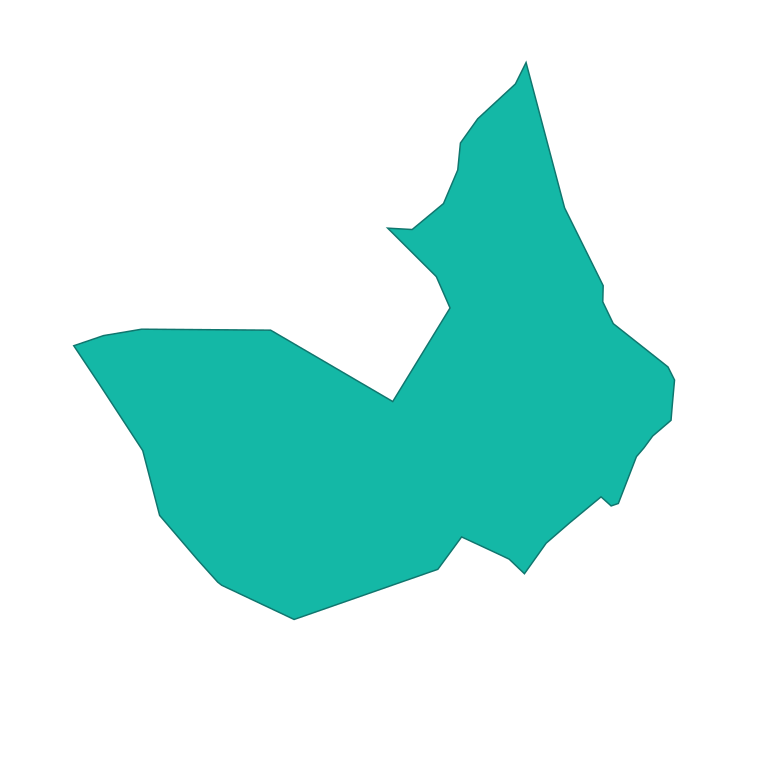 outline of Udung Uko, Akwa Ibom, Nigeria, rotated 155°
{"feature_id": "59680162B95559320678868", "entity_name": "Udung Uko", "entity_type": "district", "adm_level": 2, "iso_a3": "NGA", "parent_name": "Nigeria", "parent_adm1": "Akwa Ibom", "projection": "equal_earth", "projection_center": [8.245, 4.743], "detail": "fine", "context": "isolated", "style": "filled", "palette": "teal", "viewbox_px": 768, "rotation_deg": 155, "n_neighbors": 0, "source": "geoboundaries", "source_scale": "gbopen_adm2", "svg_char_len": 735}
<svg xmlns="http://www.w3.org/2000/svg" viewBox="0 0 768 768"><g transform="rotate(155 384 384)"><path d="M222.1,176.7L185.9,211.5L175.7,216.1L162.5,223.3L139.2,229.8L131.9,242.6L119.0,264.8L119.4,279.4L150.7,341.8L151.0,366.0L143.8,380.5L145.9,467.3L119.4,615.3L138.1,600.4L186.9,584.8L196.8,579.2L212.9,570.1L221.9,554.9L226.7,546.8L253.8,522.4L293.2,512.1L314.8,523.7L291.2,459.2L292.0,425.0L383.5,364.4L464.0,480.7L580.5,536.1L617.7,546.4L649.0,549.8L642.3,506.0L630.8,425.6L642.9,359.7L627.1,303.1L618.4,274.6L616.1,270.1L565.0,208.6L413.5,193.3L378.3,212.6L358.5,189.1L344.6,172.4L336.9,152.7L304.3,171.2L274.5,179.7L235.0,190.0L230.5,179.5L229.7,177.5L222.1,176.7Z" fill="#14b8a6" stroke="#0f766e" stroke-width="1.5"/></g></svg>